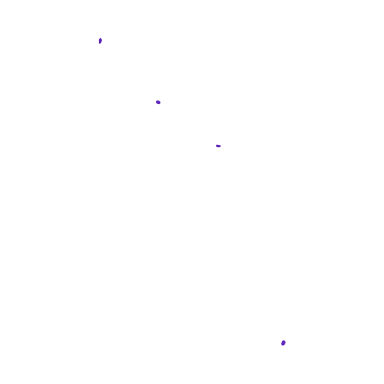 the state/province of Austral Islands, rotated 20°
{"feature_id": "PYF-4966", "entity_name": "Austral Islands", "entity_type": "state/province", "adm_level": 1, "iso_a3": "PYF", "parent_name": "French Polynesia", "parent_adm1": "", "projection": "orthographic", "projection_center": [-147.882, -25.032], "detail": "fine", "context": "isolated", "style": "filled", "palette": "violet", "viewbox_px": 384, "rotation_deg": 20, "n_neighbors": 0, "source": "natural_earth", "source_scale": "10m", "svg_char_len": 783}
<svg xmlns="http://www.w3.org/2000/svg" viewBox="0 0 384 384"><g transform="rotate(20 192 192)"><path d="M330.8,301.9L330.7,302.1L330.1,302.6L330.0,302.8L330.2,303.7L330.3,303.7L330.0,304.2L329.7,304.5L329.2,304.6L328.7,304.2L328.4,303.4L328.4,302.1L328.7,301.0L329.6,300.7L330.3,301.2L330.6,301.5L330.8,301.9ZM129.9,118.3L130.9,118.7L131.1,119.3L130.7,120.0L128.9,120.2L128.5,120.0L128.2,119.5L128.1,118.8L128.3,118.6L128.8,118.4L129.9,118.3ZM53.6,79.4L53.9,79.5L54.3,79.9L54.7,80.5L54.8,80.9L54.8,82.0L54.6,83.1L54.4,83.3L54.2,83.4L53.9,82.3L53.4,81.3L53.2,80.3L53.6,79.4ZM199.5,140.1L199.5,139.8L200.2,139.6L200.9,139.4L202.5,139.3L202.4,139.6L202.2,139.8L202.0,140.0L201.7,140.1L200.5,140.4L200.0,140.4L199.5,140.1Z" fill="#8b5cf6" stroke="#5b21b6" stroke-width="1.5"/></g></svg>